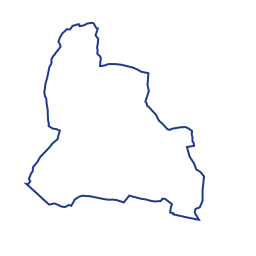 Ankpa, Kogi, Nigeria (Albers equal-area conic projection), rotated 104°
{"feature_id": "59680162B11863934245151", "entity_name": "Ankpa", "entity_type": "district", "adm_level": 2, "iso_a3": "NGA", "parent_name": "Nigeria", "parent_adm1": "Kogi", "projection": "albers", "projection_center": [7.59, 7.498], "detail": "fine", "context": "isolated", "style": "outline", "palette": "blue", "viewbox_px": 256, "rotation_deg": 104, "n_neighbors": 0, "source": "geoboundaries", "source_scale": "gbopen_adm2", "svg_char_len": 2065}
<svg xmlns="http://www.w3.org/2000/svg" viewBox="0 0 256 256"><g transform="rotate(104 128 128)"><path d="M69.9,121.5L70.2,129.2L69.2,132.0L68.2,137.6L68.2,143.4L68.2,149.2L69.0,155.7L70.7,162.5L72.7,165.4L74.1,168.1L74.6,170.2L72.1,170.5L70.1,171.0L67.1,171.1L65.2,172.4L63.4,175.7L59.3,176.5L57.6,177.4L53.7,177.7L48.8,178.4L45.9,181.9L38.8,181.4L38.8,182.2L38.6,183.0L37.1,184.5L35.0,186.4L34.6,187.8L35.3,190.3L36.3,192.1L36.7,193.3L38.0,194.3L39.8,197.0L40.9,199.7L39.2,200.4L39.6,202.1L40.5,203.1L42.3,206.5L46.3,208.0L46.8,209.9L46.8,211.1L52.1,214.6L56.6,215.9L60.8,216.4L62.7,214.8L65.4,213.1L68.7,214.5L71.7,215.9L74.5,216.9L76.5,218.1L80.0,218.9L83.9,217.9L88.0,219.0L92.5,218.8L98.9,218.6L105.2,218.8L110.4,218.1L113.9,217.9L115.3,216.9L116.9,216.6L119.1,214.5L124.4,212.7L130.1,210.2L133.3,209.4L136.9,208.3L140.3,207.2L142.9,205.9L145.3,205.5L146.8,200.9L146.4,197.5L147.0,193.5L151.9,193.7L156.0,193.7L161.4,197.6L165.8,199.5L168.2,200.9L177.2,206.1L183.1,207.8L189.1,210.7L192.9,210.0L195.7,211.1L199.7,211.6L201.4,211.9L203.3,209.9L206.4,211.2L206.8,213.2L207.5,211.9L208.0,210.9L216.0,196.0L217.7,193.1L218.5,191.5L219.6,189.3L221.4,186.1L219.0,181.1L219.6,177.0L220.3,174.2L220.0,170.2L216.9,166.4L217.2,164.2L210.0,162.2L206.6,158.9L204.8,156.1L204.0,151.7L203.4,148.3L202.9,136.5L202.5,130.6L201.1,125.1L200.7,121.7L201.0,117.1L201.2,114.1L193.3,110.4L193.5,98.2L193.0,93.4L193.1,90.3L193.1,87.5L192.8,84.2L190.9,78.4L188.5,77.7L187.7,75.1L191.2,67.0L194.9,67.2L199.8,66.7L199.8,63.2L200.8,63.2L200.7,57.4L200.5,49.4L199.9,37.0L197.3,39.5L195.5,41.5L193.3,43.0L190.1,42.8L187.7,39.2L180.6,38.0L170.9,40.5L156.6,42.5L153.2,47.0L151.7,51.7L146.2,55.5L140.9,61.3L138.6,62.6L132.2,66.2L129.3,59.6L126.4,60.8L125.2,62.3L121.4,63.2L118.7,64.7L115.4,65.1L114.3,67.9L113.5,70.4L113.2,72.2L114.5,77.1L118.1,85.1L119.8,87.2L119.6,89.5L117.6,92.4L115.8,95.1L113.6,99.4L113.0,100.1L109.0,103.5L108.5,103.9L105.6,108.3L102.7,112.7L101.8,114.8L99.4,116.0L98.3,117.5L87.2,116.7L81.7,119.4L69.9,121.5Z" fill="none" stroke="#1e3a8a" stroke-width="2"/></g></svg>